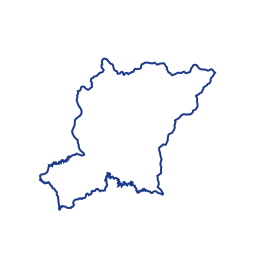 the district of Lloró, Chocó, Colombia, rotated 346°
{"feature_id": "7082276B18686190591622", "entity_name": "Lloró", "entity_type": "district", "adm_level": 2, "iso_a3": "COL", "parent_name": "Colombia", "parent_adm1": "Chocó", "projection": "robinson", "projection_center": [-76.448, 5.585], "detail": "fine", "context": "isolated", "style": "outline", "palette": "blue", "viewbox_px": 256, "rotation_deg": 346, "n_neighbors": 0, "source": "geoboundaries", "source_scale": "gbopen_adm2", "svg_char_len": 5810}
<svg xmlns="http://www.w3.org/2000/svg" viewBox="0 0 256 256"><g transform="rotate(346 128 128)"><path d="M145.4,201.0L146.0,200.5L146.1,200.0L145.0,196.0L142.5,192.6L144.3,190.0L144.6,187.7L144.3,185.6L144.8,183.9L144.9,181.6L146.6,181.0L147.2,180.5L148.8,180.2L149.4,179.2L149.6,177.1L150.9,173.9L150.5,172.5L151.1,169.6L152.9,166.7L152.8,161.8L153.1,160.6L152.9,157.5L153.2,155.0L155.0,153.9L156.3,153.6L157.9,152.4L160.1,153.3L160.8,153.2L163.7,149.4L163.9,147.9L165.7,144.3L166.6,143.8L169.4,143.4L172.2,141.0L173.6,138.8L173.5,137.3L175.3,134.2L175.5,133.3L175.3,132.3L175.7,131.9L178.5,131.2L181.3,129.9L182.4,128.6L183.9,128.6L184.8,128.0L186.0,128.2L187.9,129.2L189.3,129.2L190.7,129.7L192.9,129.6L194.6,128.4L195.3,126.9L197.5,126.6L198.8,125.8L200.5,124.2L201.2,122.2L201.4,118.9L202.2,116.4L202.2,115.0L201.7,113.5L202.1,112.9L204.2,112.7L205.7,111.8L208.1,111.3L209.7,109.1L210.6,108.3L211.2,106.8L214.4,105.9L216.0,104.6L217.9,104.4L219.5,102.7L220.1,100.3L220.5,99.7L222.9,98.2L225.9,95.3L224.8,94.1L224.4,92.4L223.3,91.2L222.4,91.1L220.5,91.7L219.2,91.6L218.2,90.6L215.1,89.3L213.1,88.8L211.3,87.3L210.7,85.6L209.4,83.3L208.3,82.8L206.6,82.9L204.9,84.7L203.8,85.2L202.2,88.1L201.5,88.7L197.6,88.9L197.1,88.5L196.1,86.9L194.8,86.9L193.5,87.5L192.7,87.5L190.0,86.4L186.5,87.2L183.9,87.5L183.4,87.4L182.1,84.8L180.9,84.1L179.9,80.3L180.5,78.7L179.4,76.7L179.0,74.6L178.2,73.8L175.9,73.4L174.0,73.3L172.6,73.6L171.4,73.4L169.7,71.1L166.9,71.2L162.4,69.1L159.8,68.8L158.4,69.4L157.0,69.5L155.8,70.7L155.1,72.8L154.5,73.3L152.9,73.3L152.1,73.0L150.9,73.1L149.3,72.3L148.8,72.9L147.8,73.2L147.1,74.3L146.4,74.8L145.0,74.6L144.0,75.2L142.7,75.2L141.4,75.9L140.3,74.2L139.3,74.2L138.0,74.6L136.9,75.5L136.6,75.1L136.5,72.9L135.9,72.0L134.3,72.3L133.3,73.2L131.2,72.9L130.9,70.3L129.5,69.3L128.6,68.0L128.6,63.5L128.3,62.5L127.2,61.8L125.9,60.3L125.0,58.1L123.7,55.9L122.1,55.0L120.7,55.0L119.2,56.3L118.6,58.0L118.6,59.9L117.7,60.5L117.2,61.2L117.3,63.5L118.4,65.7L118.1,66.4L116.8,67.6L113.6,67.7L112.9,68.6L111.5,69.0L110.2,70.0L107.3,69.9L106.3,70.9L105.3,70.9L104.0,71.7L103.2,73.7L104.1,75.6L103.3,76.8L103.3,78.7L102.9,79.6L101.9,79.8L99.6,81.1L98.3,81.2L96.2,79.1L95.8,77.8L95.0,77.1L93.2,76.7L92.5,77.1L91.0,79.6L90.1,80.2L88.2,80.1L88.0,82.6L86.5,84.0L86.4,85.8L85.2,87.8L84.9,89.5L85.3,93.5L86.8,97.9L87.1,99.9L86.5,102.3L85.5,103.6L84.2,104.5L80.1,106.3L78.7,107.3L77.8,109.4L76.9,112.4L73.3,117.0L72.9,118.0L72.9,120.1L73.5,122.9L74.6,125.3L76.2,127.4L75.8,130.6L76.0,132.9L75.6,134.5L75.9,137.0L76.5,138.5L78.9,141.7L79.0,143.0L78.7,143.4L78.3,143.7L76.5,143.5L71.8,140.4L70.5,141.3L68.4,140.9L66.1,141.5L64.2,142.7L63.6,142.2L63.7,141.4L62.7,141.6L62.4,142.6L61.8,143.0L62.0,143.5L61.4,143.2L61.0,143.5L61.3,144.3L61.1,144.9L60.5,144.6L60.2,145.0L59.8,144.4L59.0,145.3L58.4,144.6L57.5,145.3L57.5,144.4L56.3,144.1L56.7,143.3L56.1,143.2L55.3,143.6L54.5,145.4L54.0,144.5L53.3,144.3L53.0,145.3L52.6,144.9L52.2,145.9L51.7,146.0L51.2,145.6L50.4,145.7L50.2,145.1L49.7,145.2L49.5,143.8L48.0,143.8L47.8,143.4L47.3,143.7L47.6,145.0L47.1,145.0L46.6,144.5L46.1,144.9L45.0,144.9L45.1,145.6L45.5,145.9L45.2,146.7L44.5,146.2L44.5,145.8L44.1,145.8L44.2,145.3L43.3,145.6L42.3,145.0L42.3,146.3L41.6,146.6L40.2,149.4L38.9,151.2L37.8,151.8L36.0,152.4L32.8,152.2L31.6,152.5L31.1,153.1L30.9,155.9L30.1,157.1L30.5,157.7L31.0,157.2L31.4,157.3L31.9,158.8L32.3,159.2L32.2,159.5L32.5,159.6L32.5,160.2L32.8,160.6L33.7,160.7L33.9,161.2L34.2,161.0L34.4,161.6L35.4,161.3L36.5,161.9L36.9,161.6L37.3,161.8L37.6,161.3L38.0,161.4L39.3,165.5L40.2,166.2L40.0,167.6L40.8,168.6L41.7,168.9L42.4,171.3L43.3,172.4L43.4,173.3L43.0,174.1L42.7,175.6L43.6,177.9L43.0,179.1L43.2,181.1L42.8,182.0L42.5,183.8L42.7,185.0L42.3,186.3L42.6,187.3L41.7,189.1L41.6,190.3L41.8,190.7L42.1,190.7L43.1,189.1L44.3,188.9L44.7,187.9L45.1,187.7L48.5,189.4L49.3,190.5L51.2,191.3L53.5,191.7L54.3,190.8L55.4,191.0L57.1,189.5L56.6,188.1L56.9,187.0L57.9,185.5L59.3,184.9L61.6,184.8L62.6,185.3L63.9,184.5L65.0,184.7L65.3,185.4L66.1,185.7L67.1,185.0L68.1,185.5L69.8,185.1L71.6,182.0L72.8,181.8L73.1,182.4L73.7,182.8L73.7,183.4L74.3,183.2L74.9,183.6L76.8,182.8L77.1,181.3L77.7,180.5L78.2,180.4L78.4,181.0L79.1,180.8L80.6,181.1L82.4,179.6L84.0,179.8L84.5,181.1L85.9,182.7L87.2,182.1L88.8,182.9L90.6,182.9L91.6,180.4L93.1,179.6L93.1,178.9L94.1,178.2L93.8,176.4L94.3,175.3L93.9,174.2L94.1,173.7L93.3,173.7L93.3,172.8L93.8,172.5L94.0,173.2L94.3,172.4L94.8,172.7L94.4,172.1L95.1,171.6L94.7,171.2L95.1,170.0L95.8,169.3L96.3,169.3L96.5,170.0L96.8,170.1L97.6,169.6L97.7,169.2L96.9,168.2L97.2,166.7L97.5,166.8L97.6,167.7L98.7,167.4L99.5,168.1L99.5,168.9L98.4,169.6L99.0,170.6L98.8,171.0L98.1,171.3L98.6,172.5L98.9,172.5L99.6,171.3L100.4,171.8L101.3,171.5L102.2,173.8L102.9,173.2L103.5,173.3L104.9,174.0L106.6,175.9L106.4,176.3L105.5,176.4L106.6,178.1L106.7,179.2L106.6,179.5L105.7,178.8L104.9,178.8L104.7,179.4L105.6,180.3L104.6,181.8L106.5,181.3L107.0,180.6L107.5,180.5L107.7,183.0L108.1,182.6L108.8,181.1L109.3,181.8L110.4,182.0L110.4,181.5L111.2,180.9L110.8,179.5L111.4,179.5L111.7,180.1L111.8,181.2L112.5,181.3L112.8,182.9L113.3,183.4L113.7,182.6L114.3,182.6L115.0,181.9L116.4,182.5L116.8,182.0L117.5,181.9L117.6,181.0L117.8,180.8L118.4,181.2L118.8,181.9L119.3,181.9L119.3,182.3L118.9,183.0L117.3,183.4L116.8,183.9L118.0,184.7L119.2,184.7L120.7,185.8L120.3,187.1L121.4,188.6L121.4,189.3L120.9,190.3L121.1,191.0L121.4,190.7L122.0,191.6L121.4,192.4L121.7,193.1L122.4,193.2L122.5,192.9L123.2,192.8L123.3,192.2L124.0,192.1L124.3,192.5L124.7,191.9L125.0,192.2L125.8,192.1L126.7,191.3L127.1,191.3L127.4,191.7L128.0,191.1L128.3,191.9L127.8,192.5L128.9,192.6L129.4,191.8L129.8,193.0L130.3,192.6L132.3,194.4L134.0,194.9L134.6,196.6L136.0,196.8L137.3,195.9L139.1,195.8L140.5,196.8L141.3,198.3L143.7,199.5L145.4,201.0Z" fill="none" stroke="#1e3a8a" stroke-width="2"/></g></svg>